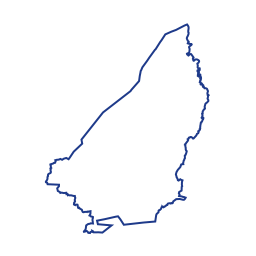 outline of Binga, Matabeleland North, Zimbabwe, rotated 4°
{"feature_id": "62879985B54181646880786", "entity_name": "Binga", "entity_type": "district", "adm_level": 2, "iso_a3": "ZWE", "parent_name": "Zimbabwe", "parent_adm1": "Matabeleland North", "projection": "natural_earth1", "projection_center": [27.771, -17.692], "detail": "fine", "context": "isolated", "style": "outline", "palette": "blue", "viewbox_px": 256, "rotation_deg": 4, "n_neighbors": 0, "source": "geoboundaries", "source_scale": "gbopen_adm2", "svg_char_len": 5791}
<svg xmlns="http://www.w3.org/2000/svg" viewBox="0 0 256 256"><g transform="rotate(4 128 128)"><path d="M206.1,89.6L205.9,89.4L205.6,89.5L205.2,89.5L205.1,88.8L204.8,88.4L204.8,87.4L205.2,85.9L205.0,85.1L204.5,84.4L204.2,83.6L203.7,83.2L202.8,82.9L201.5,83.0L201.3,82.7L201.0,81.9L200.4,81.9L200.0,81.8L199.8,81.5L199.7,81.1L199.8,80.7L200.2,80.3L200.2,80.2L199.3,79.5L198.7,78.7L198.4,78.4L198.2,78.4L197.7,78.9L197.6,79.5L197.4,79.4L197.3,78.3L197.3,77.4L197.1,77.2L196.6,77.4L196.4,77.3L196.6,76.5L196.6,75.9L197.3,74.9L197.3,74.4L197.3,74.0L197.0,74.1L196.9,73.7L196.6,73.8L196.5,73.6L196.6,72.8L197.3,72.7L197.2,72.1L196.6,71.8L195.8,71.7L195.2,71.8L194.8,71.4L194.3,71.4L194.0,71.2L194.0,70.1L194.5,69.7L194.8,69.8L194.6,70.4L194.9,70.8L195.3,70.8L195.6,70.3L196.0,70.6L196.2,70.4L196.5,70.3L196.4,69.7L194.1,68.8L194.1,68.5L194.9,67.6L194.9,67.3L194.1,66.9L193.6,66.9L193.4,66.7L193.3,66.0L193.3,65.7L193.5,65.5L195.1,65.5L195.4,65.3L195.5,64.8L195.4,64.2L195.4,63.6L195.3,63.4L195.1,63.4L194.4,63.8L193.5,63.1L193.2,62.5L193.3,61.0L192.7,58.9L193.8,57.9L194.1,57.2L194.3,56.4L194.1,55.9L193.6,55.5L193.1,55.2L192.0,54.8L191.3,54.8L190.7,54.9L190.2,55.1L189.2,56.2L188.7,56.3L188.4,55.9L188.2,54.8L187.9,54.5L187.9,54.0L188.4,53.5L188.5,53.1L186.0,50.1L185.6,49.8L185.1,49.9L184.2,50.5L183.4,51.4L183.2,51.5L182.7,51.0L181.9,50.5L181.7,50.1L181.6,49.8L181.7,49.7L183.4,48.8L183.9,47.9L184.0,44.9L183.3,43.3L183.3,42.8L183.9,42.1L185.2,41.0L185.6,40.5L185.7,40.3L185.4,39.8L183.4,39.8L182.0,39.5L181.7,39.4L181.8,39.0L182.4,38.4L182.6,38.1L182.6,37.8L182.4,37.5L181.6,36.9L180.5,34.8L180.4,34.2L180.8,32.8L181.1,32.3L181.8,30.1L181.8,28.7L181.5,28.4L181.3,27.0L181.5,24.7L181.4,23.1L180.7,21.8L179.7,20.6L177.3,21.8L169.1,26.8L164.5,28.9L158.7,32.0L155.2,38.3L154.1,40.0L150.0,47.6L149.5,48.0L144.2,56.5L142.5,59.5L138.1,66.5L137.1,69.5L136.7,70.2L136.5,72.2L136.1,75.3L135.8,80.1L135.7,80.5L128.7,89.7L128.1,90.8L127.3,91.6L102.0,114.2L82.4,142.8L83.4,146.8L75.5,155.4L71.9,161.7L70.9,163.3L68.5,162.2L66.1,163.1L64.5,164.3L62.7,163.6L61.1,164.4L59.1,164.7L57.8,165.2L58.1,165.6L58.2,166.1L57.8,166.9L57.8,167.6L57.5,167.9L56.5,168.0L55.9,168.6L53.1,169.7L53.1,170.2L53.7,171.1L53.7,172.6L54.2,173.2L53.4,173.9L53.4,174.1L53.8,174.6L53.7,176.0L54.1,176.8L54.1,177.8L53.8,178.3L51.9,179.4L51.5,180.2L51.4,180.7L51.6,181.5L51.1,182.5L51.2,184.3L51.0,185.2L49.9,187.1L49.8,187.5L49.9,187.8L50.3,188.0L50.9,188.1L51.2,188.3L51.7,189.7L63.1,189.4L63.2,190.9L61.6,193.1L62.4,195.7L64.6,196.7L65.0,197.5L65.9,197.2L66.4,197.1L68.5,197.4L71.0,196.9L71.1,197.2L71.0,197.6L71.2,198.3L72.3,198.1L72.7,199.3L73.4,199.0L74.6,199.3L75.8,199.1L78.7,199.6L79.7,199.5L80.0,200.8L80.3,201.3L80.2,202.1L79.9,203.2L79.9,203.8L80.2,204.4L80.3,204.8L80.2,205.2L79.5,206.1L79.6,206.5L79.4,207.2L79.4,208.0L79.9,208.4L80.5,208.3L80.8,208.5L81.0,208.2L82.3,208.0L82.9,208.0L83.2,208.5L83.3,209.5L83.8,211.1L84.2,211.3L85.0,211.0L85.4,211.7L87.4,212.6L87.7,212.8L88.0,213.7L88.7,214.9L89.3,215.1L89.7,215.1L90.7,214.7L92.4,214.6L93.3,214.2L93.6,214.2L93.9,214.5L94.4,214.1L96.4,213.6L96.5,216.3L95.7,218.0L96.6,218.3L97.3,218.9L98.5,219.0L99.2,219.2L99.3,220.2L99.0,221.1L99.0,222.4L99.5,224.4L99.5,224.9L99.7,225.7L97.4,225.7L96.6,226.2L95.5,226.4L94.6,226.8L93.1,228.1L92.9,231.0L92.7,232.3L91.2,234.3L91.3,234.6L92.2,234.4L93.6,233.6L94.0,233.6L95.3,234.6L95.5,235.2L96.0,235.4L97.4,235.4L97.6,234.6L98.0,234.3L98.4,234.1L99.2,234.1L99.5,234.2L99.7,233.9L99.5,233.1L100.2,233.4L101.1,234.5L105.7,234.1L109.8,234.1L118.4,226.3L104.7,226.1L103.6,222.6L111.1,220.6L122.1,217.3L124.2,216.8L126.7,219.6L130.6,224.8L150.2,221.2L161.7,219.4L162.2,212.9L162.6,211.7L164.1,210.2L164.3,209.8L164.4,209.5L164.2,208.7L164.3,208.4L164.6,207.9L165.6,207.5L166.6,206.3L166.8,205.7L166.9,205.0L167.1,204.5L167.5,204.2L167.7,204.6L167.7,204.2L167.9,204.4L168.3,204.2L169.0,204.6L169.4,204.2L169.5,204.0L170.0,204.0L170.3,203.5L171.1,203.1L171.5,202.5L171.8,202.2L172.3,202.0L172.6,202.0L172.9,200.8L173.3,200.5L175.1,200.1L175.8,200.4L176.1,200.3L176.5,199.8L177.2,200.0L177.5,200.0L177.8,199.8L178.3,198.0L181.1,195.6L184.7,195.2L188.1,195.8L189.0,195.6L190.0,194.4L190.3,193.6L190.0,193.6L189.4,193.1L187.7,192.9L186.2,192.5L183.7,192.3L184.1,190.7L183.3,189.7L183.5,188.3L185.8,186.7L185.7,182.9L186.1,182.3L185.7,181.0L185.6,178.0L186.0,176.4L184.6,176.0L183.7,175.5L182.2,176.9L181.4,176.6L180.9,175.0L180.0,173.9L180.0,173.6L179.0,170.9L179.5,168.5L180.6,166.3L182.9,163.3L183.6,160.7L183.9,160.5L185.7,160.2L185.4,159.1L185.7,158.0L185.8,156.8L186.3,155.9L186.3,155.3L186.9,154.2L186.6,151.7L187.1,151.3L187.2,150.5L187.7,149.8L187.7,149.3L187.9,148.8L188.2,147.2L188.0,146.7L187.5,146.4L187.1,145.4L186.9,143.5L186.6,142.8L186.4,141.2L185.9,140.8L186.3,139.9L186.6,139.8L187.2,138.6L187.8,137.8L188.0,137.4L188.2,137.2L188.5,136.7L188.9,135.6L188.8,135.1L188.5,134.9L188.9,134.6L189.4,133.4L189.8,133.2L190.2,133.3L190.8,132.7L191.1,132.6L191.6,132.6L192.5,133.0L193.1,133.4L193.6,134.0L194.1,133.9L196.5,130.9L196.9,130.1L197.1,129.4L197.2,129.1L198.4,128.3L198.7,127.1L198.3,126.6L198.3,126.3L198.9,126.0L199.3,125.5L199.5,125.3L199.5,124.9L199.8,124.6L199.6,124.1L200.0,123.8L200.1,123.4L199.9,122.1L200.0,121.7L200.0,120.4L200.2,119.1L200.2,117.9L200.5,117.5L200.6,117.2L200.9,117.2L201.0,116.7L201.4,116.2L201.6,115.7L201.8,114.7L202.3,114.1L202.5,113.2L202.5,112.7L202.2,112.5L201.9,112.7L201.2,112.5L200.8,112.8L200.7,112.7L201.5,110.8L201.3,110.3L201.4,110.0L201.4,109.7L201.3,109.2L200.9,108.8L200.9,108.5L201.5,108.0L201.3,107.1L201.4,106.1L202.0,105.2L202.3,104.3L203.2,103.6L203.4,103.2L203.4,102.9L203.0,101.8L203.0,101.1L203.2,100.3L203.5,98.6L204.0,97.9L204.9,97.2L206.2,95.6L206.2,94.6L205.4,93.3L205.3,92.8L205.5,92.4L205.7,90.0L206.1,89.6Z" fill="none" stroke="#1e3a8a" stroke-width="2"/></g></svg>